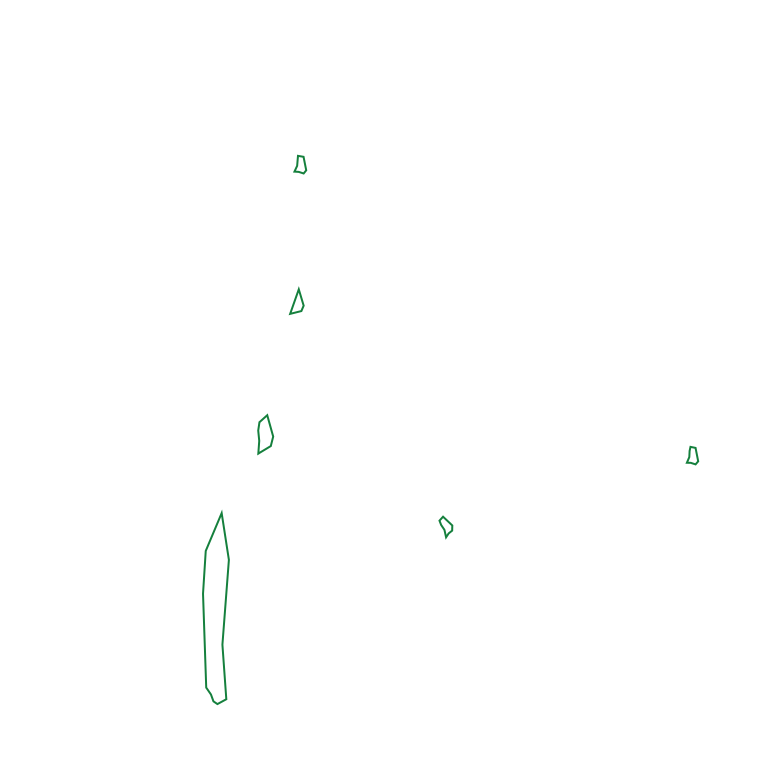 outline of Haa Dhaalu, rotated 160°
{"feature_id": "MDV-5224", "entity_name": "Haa Dhaalu", "entity_type": "Atoll", "adm_level": 1, "iso_a3": "MDV", "parent_name": "Maldives", "parent_adm1": "", "projection": "equal_earth", "projection_center": [72.994, 6.597], "detail": "coarse", "context": "isolated", "style": "outline", "palette": "green", "viewbox_px": 768, "rotation_deg": 160, "n_neighbors": 0, "source": "natural_earth", "source_scale": "10m", "svg_char_len": 771}
<svg xmlns="http://www.w3.org/2000/svg" viewBox="0 0 768 768"><g transform="rotate(160 384 384)"><path d="M640.0,141.7L650.0,140.2L652.8,144.1L652.8,151.4L654.9,159.5L625.8,248.8L608.6,288.1L580.7,318.2L589.9,271.8L625.0,194.3L640.0,141.7ZM525.9,361.6L520.7,373.2L518.1,383.3L514.1,390.7L504.4,394.6L506.1,372.5L511.6,364.4L525.9,361.6ZM448.2,482.0L431.7,502.1L432.7,485.1L436.7,480.8L448.2,482.0ZM395.5,614.2L391.0,618.7L386.8,627.8L381.9,625.0L384.0,611.4L387.5,609.3L391.6,612.5L395.5,614.2ZM378.1,218.7L377.1,226.2L378.5,232.0L378.6,236.6L373.9,239.1L368.2,227.7L370.1,222.9L374.3,221.5L378.1,218.7ZM126.3,206.4L122.1,210.9L119.7,216.6L117.5,220.1L113.1,217.4L115.2,203.9L118.7,201.9L122.7,205.0L126.3,206.4Z" fill="none" stroke="#15803d" stroke-width="2"/></g></svg>